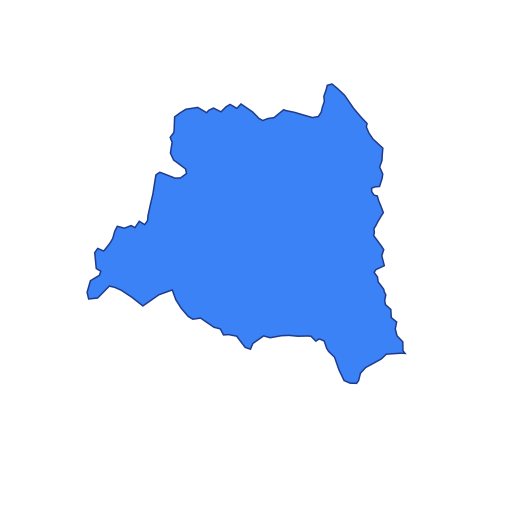 the district of Vina, Adamaoua, Cameroon, rotated 148°
{"feature_id": "32672807B59264134581656", "entity_name": "Vina", "entity_type": "district", "adm_level": 2, "iso_a3": "CMR", "parent_name": "Cameroon", "parent_adm1": "Adamaoua", "projection": "equal_earth", "projection_center": [13.667, 7.236], "detail": "fine", "context": "isolated", "style": "filled", "palette": "blue", "viewbox_px": 512, "rotation_deg": 148, "n_neighbors": 0, "source": "geoboundaries", "source_scale": "gbopen_adm2", "svg_char_len": 2229}
<svg xmlns="http://www.w3.org/2000/svg" viewBox="0 0 512 512"><g transform="rotate(148 256 256)"><path d="M188.2,392.9L193.9,391.3L197.7,398.3L202.4,398.4L209.3,396.8L213.7,404.0L218.9,404.6L221.9,403.7L226.7,412.9L237.7,417.6L244.5,417.6L251.3,417.1L258.9,405.9L260.4,404.2L265.9,402.1L266.9,396.8L270.4,392.9L274.1,388.5L274.2,387.5L275.0,381.1L269.6,367.2L271.2,362.8L278.6,362.2L283.5,365.0L289.0,372.5L293.2,378.0L297.9,377.8L300.9,374.4L310.8,363.0L317.5,356.4L326.1,347.6L329.2,343.5L333.8,341.6L336.6,347.3L343.6,344.2L345.8,348.0L352.8,349.3L357.9,354.7L362.7,351.8L368.2,346.8L373.0,344.3L381.0,341.4L382.6,341.0L386.2,346.3L391.0,344.3L398.1,330.0L395.7,325.3L399.0,322.6L409.5,322.8L418.5,314.7L420.7,308.2L412.6,304.3L396.4,308.2L392.4,304.3L390.8,301.9L388.4,298.3L385.7,292.4L383.2,287.0L378.4,273.6L368.4,274.1L359.0,274.6L345.0,271.6L346.7,263.6L347.2,261.2L347.1,251.1L345.5,240.6L343.1,235.9L335.9,232.7L329.4,217.8L328.7,217.1L324.9,213.1L325.4,206.3L320.8,203.8L314.9,198.3L313.6,184.2L310.1,179.9L305.0,183.5L291.9,184.2L287.3,179.2L276.6,174.9L270.1,171.2L263.0,165.8L255.1,161.1L251.9,158.9L250.4,152.1L246.5,152.2L245.5,151.1L243.2,147.7L245.0,140.2L245.0,136.6L243.0,128.6L246.0,115.3L247.3,103.7L243.6,98.3L238.2,94.7L235.0,96.0L229.6,101.2L222.1,103.3L206.6,102.4L204.2,102.3L197.5,103.7L184.3,96.6L181.2,94.4L181.6,97.7L177.0,105.4L178.7,113.6L176.5,120.4L171.7,125.5L173.9,132.1L170.0,139.2L172.0,146.3L170.4,150.1L166.5,154.3L166.2,157.6L165.3,160.2L166.1,169.4L164.1,173.8L164.5,179.6L161.4,180.9L152.3,179.8L149.2,189.6L144.3,193.7L144.4,197.9L145.4,210.9L143.1,213.3L141.6,216.6L138.4,218.2L134.6,220.5L129.0,223.4L125.0,225.3L123.7,231.9L122.7,237.8L121.3,242.7L123.6,244.9L123.8,249.1L122.1,252.2L118.8,251.7L114.4,249.5L108.0,254.9L105.1,258.3L104.0,265.9L98.6,270.2L95.1,275.2L91.3,280.2L94.8,293.2L95.1,300.5L94.1,306.8L92.6,308.5L91.6,309.5L93.4,318.5L95.0,329.6L95.7,345.4L98.1,354.6L100.4,361.6L105.1,363.0L108.2,360.0L110.2,358.4L113.8,355.5L116.2,350.8L120.9,347.0L124.4,343.5L129.2,341.2L134.8,343.5L141.1,350.5L147.2,357.4L153.6,363.5L155.0,365.4L167.4,363.8L173.1,366.3L178.5,367.3L180.6,371.1L182.5,379.9L188.2,392.9Z" fill="#3b82f6" stroke="#1e3a8a" stroke-width="1.5"/></g></svg>